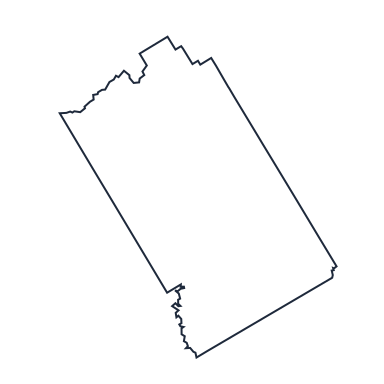 outline of Uintah, Utah, United States of America, rotated 329°
{"feature_id": "52423323B93932790335790", "entity_name": "Uintah", "entity_type": "district", "adm_level": 2, "iso_a3": "USA", "parent_name": "United States of America", "parent_adm1": "Utah", "projection": "robinson", "projection_center": [-109.611, 40.16], "detail": "fine", "context": "isolated", "style": "outline", "palette": "slate", "viewbox_px": 384, "rotation_deg": 329, "n_neighbors": 0, "source": "geoboundaries", "source_scale": "gbopen_adm2", "svg_char_len": 1279}
<svg xmlns="http://www.w3.org/2000/svg" viewBox="0 0 384 384"><g transform="rotate(329 192 192)"><path d="M277.3,178.6L277.2,132.4L277.3,121.9L277.2,120.9L277.3,112.6L277.6,96.1L277.5,88.9L277.5,87.0L264.7,87.1L264.7,82.6L258.3,82.6L258.1,64.4L257.8,61.4L251.2,61.4L251.0,46.3L218.4,46.4L218.4,60.3L211.6,63.2L211.3,67.2L205.6,67.8L203.1,70.8L198.2,68.5L197.2,62.1L198.5,59.6L196.1,53.0L188.2,55.7L186.7,53.2L182.9,55.3L177.9,55.2L170.3,59.5L167.5,58.1L162.9,58.1L161.5,59.5L157.3,57.9L155.3,62.1L151.0,62.1L143.8,63.5L143.4,65.1L137.3,66.0L132.7,62.2L130.4,62.3L129.0,60.3L125.1,59.5L119.2,56.4L119.0,121.1L119.0,159.9L118.8,265.5L134.8,265.5L133.5,267.3L136.3,269.0L135.8,270.3L132.4,269.1L128.6,269.7L126.8,267.6L128.4,272.2L126.9,277.3L124.6,277.2L122.6,280.7L123.4,283.7L121.5,282.9L120.5,278.8L116.2,279.6L119.5,286.5L115.8,287.2L114.1,291.4L116.6,291.0L117.4,295.3L115.4,299.0L112.9,299.0L112.9,301.1L115.2,303.3L112.8,303.5L109.8,308.6L111.5,311.9L108.2,315.7L109.8,318.5L109.1,322.0L106.4,322.8L110.1,324.7L110.9,329.7L112.2,331.5L110.6,336.2L122.7,336.2L268.0,337.7L269.9,335.7L271.3,331.3L273.2,332.0L273.8,329.8L274.4,330.6L277.6,330.2L277.5,296.1L277.5,251.1L277.4,212.6L277.3,187.3L277.3,187.2L277.3,178.6Z" fill="none" stroke="#1e293b" stroke-width="2"/></g></svg>